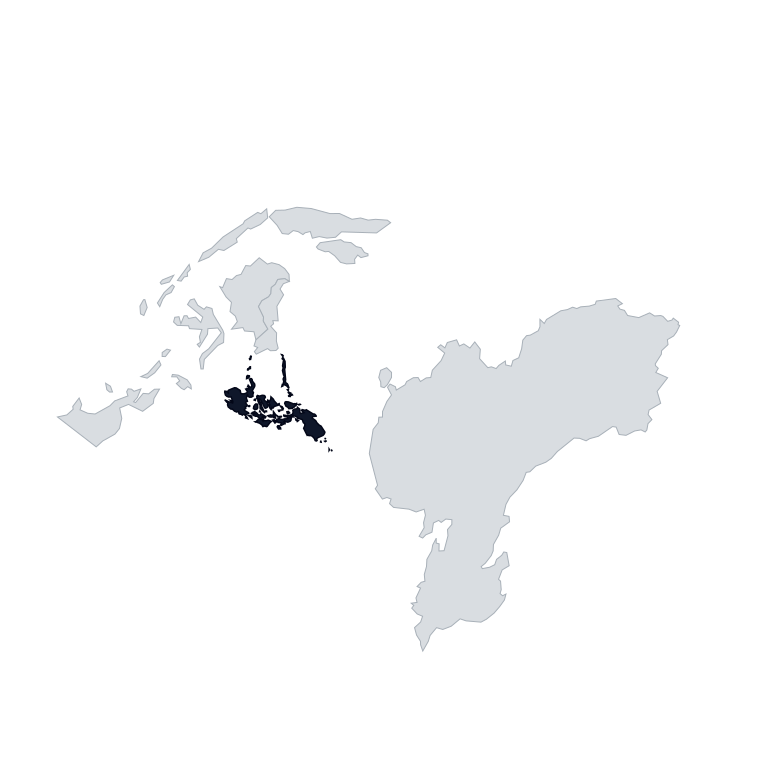 map of Philippines with Indonesia, China and Malaysia greyed out, rotated 132°
{"feature_id": "PHL", "entity_name": "Philippines", "entity_type": "country or territory", "adm_level": 0, "iso_a3": "PHL", "parent_name": "Asia", "parent_adm1": "", "projection": "albers", "projection_center": [122.681, 12.951], "detail": "fine", "context": "with_neighbors", "style": "filled", "palette": "ink", "viewbox_px": 768, "rotation_deg": 132, "n_neighbors": 3, "source": "natural_earth", "source_scale": "50m", "svg_char_len": 12310}
<svg xmlns="http://www.w3.org/2000/svg" viewBox="0 0 768 768"><g transform="rotate(132 384 384)"><path d="M623.3,555.8L627.0,604.6L619.2,599.0L610.8,598.1L608.9,600.3L598.4,601.2L601.5,595.0L606.6,592.6L604.0,584.6L599.6,578.6L583.5,573.1L576.7,572.8L564.2,566.3L561.9,570.1L558.8,570.9L556.8,568.2L556.7,564.9L550.3,561.4L559.0,558.3L564.8,558.2L564.0,556.2L552.1,556.7L548.8,552.3L541.5,551.1L538.0,547.4L548.8,545.2L552.8,542.5L565.8,545.1L570.1,560.2L578.7,564.4L585.0,555.9L594.1,550.8L601.2,550.4L614.5,554.9L623.3,555.8ZM493.8,608.3L494.8,611.9L489.4,617.5L482.3,619.1L481.3,618.2L485.6,611.2L493.8,608.3ZM569.7,591.4L568.7,585.8L571.6,580.4L573.6,582.5L573.7,586.1L569.7,591.4ZM436.9,508.7L432.2,515.6L437.9,523.1L436.5,526.6L445.3,534.0L435.8,534.7L433.0,539.9L433.2,546.9L425.4,552.0L425.0,559.6L421.5,571.2L420.4,568.4L411.1,571.6L408.0,566.8L402.2,566.2L398.2,563.6L388.5,566.0L385.7,562.2L373.7,561.2L372.9,550.9L369.0,548.6L365.5,541.8L364.7,535.0L366.1,527.9L371.1,523.0L372.1,528.2L377.4,532.9L382.6,531.5L387.7,532.3L392.5,528.6L396.4,528.1L403.8,530.5L410.4,529.1L414.8,518.4L418.0,515.8L420.9,507.0L436.9,508.7ZM529.1,561.9L538.1,563.9L541.2,569.6L534.3,566.7L517.2,566.7L519.1,562.5L529.1,561.9ZM509.0,569.9L503.3,568.6L501.7,565.3L509.9,564.8L512.0,567.3L509.0,569.9ZM516.6,523.9L517.3,528.1L522.0,528.7L522.8,531.8L522.6,538.6L518.4,537.9L517.3,542.7L520.7,546.6L518.5,547.6L515.1,542.8L512.6,533.0L514.0,526.8L516.6,523.9ZM466.7,533.3L486.0,534.0L493.8,528.4L495.3,530.1L488.9,537.8L482.9,539.3L475.1,537.8L454.8,539.2L453.6,545.0L460.7,551.9L465.1,548.5L480.1,545.9L479.5,549.4L475.9,548.3L472.4,552.8L465.3,555.8L473.0,565.6L471.5,568.2L478.8,576.9L478.7,581.9L474.4,584.1L471.2,581.4L475.1,575.3L467.1,578.2L465.1,576.1L466.1,573.1L460.3,568.7L460.9,561.3L455.5,563.5L456.4,583.2L451.1,584.2L447.7,582.0L450.1,575.1L448.9,567.7L445.5,567.6L443.0,562.4L446.5,557.4L451.9,539.8L453.6,536.7L460.5,531.0L466.7,533.3ZM454.9,618.3L443.9,613.0L451.7,611.7L458.9,616.2L458.4,618.2L454.9,618.3ZM463.7,605.7L469.2,605.1L476.6,602.4L475.4,606.6L463.0,608.6L451.9,607.6L451.9,604.9L458.5,603.4L463.7,605.7ZM438.2,604.1L443.3,603.6L445.3,606.8L425.5,608.8L428.4,604.6L433.0,604.7L435.3,602.1L438.2,604.1ZM358.1,586.8L359.1,589.5L374.8,591.0L376.8,588.0L391.9,592.3L394.7,597.2L407.0,599.0L417.1,603.7L407.5,606.2L398.5,603.0L382.5,602.0L359.3,595.9L355.9,596.7L341.0,592.7L339.8,589.4L332.3,588.4L338.4,581.6L348.3,582.7L358.1,586.8ZM327.2,544.2L328.2,549.7L330.7,554.1L336.6,555.2L340.3,560.3L337.6,569.6L336.5,581.2L327.4,580.7L321.0,573.9L311.0,567.0L302.3,555.5L293.5,538.2L287.1,531.2L283.0,518.0L276.3,512.5L272.8,505.4L267.3,500.5L260.0,491.1L259.7,487.0L276.7,490.6L299.4,517.4L307.4,518.2L313.7,524.0L317.8,530.8L323.6,534.8L320.0,540.8L324.4,543.8L327.2,544.2Z" fill="#d9dde1" stroke="#a8b0b8" stroke-width="1"/><path d="M376.1,395.7L370.1,392.9L370.3,386.2L374.1,382.8L382.3,381.0L386.6,381.4L388.1,384.5L384.7,387.8L382.7,392.2L376.1,395.7ZM188.7,194.6L188.8,190.7L193.6,189.7L189.6,177.4L206.7,176.1L213.2,165.5L226.0,169.6L230.0,167.3L231.2,161.1L236.8,161.3L242.3,157.9L244.9,157.8L246.1,162.3L251.2,166.3L260.2,169.8L264.2,175.5L260.7,182.6L262.7,185.7L279.4,189.7L287.0,194.6L291.0,195.8L293.4,202.2L297.0,206.6L318.2,210.0L327.2,209.9L333.8,211.4L343.5,216.3L351.7,216.9L354.5,219.2L362.6,216.1L373.7,214.4L383.9,214.7L391.9,212.8L401.7,207.4L398.7,202.5L402.4,198.5L413.0,200.8L419.7,197.6L430.0,195.3L435.0,191.2L439.8,189.5L449.4,188.8L454.7,189.6L455.4,187.4L449.5,182.9L444.2,180.8L439.0,183.0L432.5,181.9L428.7,182.6L427.1,180.0L435.3,169.4L443.1,171.8L452.5,168.2L452.5,165.5L458.4,159.3L462.1,157.5L462.0,154.2L458.5,152.8L463.9,150.0L472.0,149.1L480.6,148.9L490.3,150.5L496.1,152.6L505.1,164.5L507.6,170.3L519.1,172.0L527.1,176.1L529.9,181.9L540.0,181.5L545.6,178.9L556.5,176.5L553.3,182.3L550.8,184.7L548.8,191.8L544.6,198.3L536.4,197.5L530.8,199.9L532.7,205.5L532.0,213.4L528.6,213.7L528.7,217.1L524.2,213.3L521.6,217.1L511.2,220.3L512.4,223.9L506.5,223.7L503.2,221.6L498.6,226.6L491.2,230.3L485.6,234.8L476.1,236.9L471.0,240.1L463.6,242.0L467.3,238.8L465.9,236.1L471.3,231.4L467.7,227.8L454.0,234.9L449.7,239.4L443.0,239.6L439.4,242.8L443.0,247.7L448.6,248.9L448.8,252.1L454.2,254.3L462.0,249.2L468.1,252.0L472.6,252.2L473.7,256.0L463.9,258.0L460.6,261.8L453.8,265.4L450.2,270.4L457.6,274.5L460.3,281.7L469.3,294.3L469.2,299.8L464.7,301.8L466.4,305.9L470.6,308.2L467.7,320.4L463.6,321.0L445.5,348.4L425.0,361.7L416.7,362.3L412.1,365.6L409.6,363.0L405.4,366.7L394.9,370.2L387.1,371.1L384.1,379.2L380.0,379.5L378.4,373.7L380.3,370.8L370.5,367.8L367.0,368.8L359.7,366.4L356.4,363.0L357.8,358.6L351.2,356.7L347.9,353.6L341.4,357.3L328.4,357.2L320.4,359.6L320.8,368.6L316.9,368.1L316.4,362.9L310.8,364.7L302.6,359.6L305.3,353.4L300.8,351.5L299.8,344.2L292.0,344.7L293.7,335.7L301.2,329.9L302.4,317.8L299.4,315.7L297.5,311.0L293.3,311.1L285.7,309.2L288.4,306.3L285.6,301.3L280.2,303.9L274.4,301.4L265.7,305.3L258.5,310.2L252.7,310.4L249.8,308.0L241.2,305.0L237.1,306.4L231.6,311.4L231.8,305.4L227.3,306.4L211.3,301.6L206.0,297.5L200.7,295.2L198.9,291.2L195.1,289.5L188.8,283.6L183.5,280.4L180.3,281.7L165.4,269.0L164.8,260.6L169.6,262.5L170.5,258.8L168.4,254.6L170.1,248.8L164.2,239.1L153.4,234.2L152.4,228.4L148.0,224.2L147.1,222.0L147.6,215.1L143.8,212.8L141.5,213.1L141.0,206.4L143.2,205.2L142.6,203.4L149.6,201.4L154.5,200.9L161.4,203.1L164.7,199.3L173.5,200.0L176.3,197.8L187.5,195.9L188.7,194.6Z" fill="#d9dde1" stroke="#a8b0b8" stroke-width="1"/><path d="M298.0,483.0L299.4,481.7L305.5,485.7L305.8,489.8L311.0,489.3L313.9,486.3L319.8,492.2L322.7,497.7L321.7,506.5L322.5,513.8L325.1,516.2L327.8,523.3L327.4,525.9L321.7,526.0L305.7,512.7L305.1,508.7L301.0,503.1L300.5,496.6L298.0,492.1L299.4,486.5L298.0,483.0ZM436.9,508.7L420.9,507.0L418.0,515.8L414.8,518.4L410.4,529.1L403.8,530.5L396.4,528.1L392.5,528.6L387.7,532.3L382.6,531.5L377.4,532.9L372.1,528.2L371.1,523.0L376.8,525.9L383.0,524.8L384.9,518.3L397.9,515.6L407.9,504.9L411.3,509.0L413.1,506.4L416.9,506.8L417.9,498.0L424.1,492.7L428.2,486.6L431.4,486.7L435.3,490.7L435.6,494.2L447.3,498.9L446.7,502.0L441.4,502.3L442.7,506.1L436.9,508.7Z" fill="#d9dde1" stroke="#a8b0b8" stroke-width="1"/><path d="M463.0,394.9L468.6,397.4L470.0,397.2L470.8,395.9L471.7,396.2L472.1,397.3L471.1,399.3L470.8,402.4L471.5,404.2L472.6,405.2L472.7,406.3L473.6,406.7L470.7,414.1L468.1,414.9L466.6,416.1L466.7,418.1L465.1,420.9L467.3,425.5L466.8,425.9L466.8,426.7L467.9,430.0L469.0,431.2L471.2,431.9L471.8,431.4L471.1,430.2L473.4,428.8L474.4,428.8L476.7,429.9L477.8,431.7L478.0,433.3L479.0,433.3L479.5,432.6L479.2,431.5L479.7,430.9L480.5,431.6L483.4,432.6L483.8,432.9L483.4,433.5L481.4,434.1L483.5,437.1L483.2,438.4L486.0,438.9L485.3,442.6L484.0,441.7L484.5,439.9L482.0,439.9L479.6,438.9L479.5,437.5L478.5,435.8L476.2,434.4L474.1,432.1L473.2,432.2L473.5,434.1L474.7,436.1L474.8,437.2L474.2,437.7L472.5,435.1L470.2,433.0L467.9,431.8L465.8,432.6L464.6,434.1L462.7,433.8L460.8,432.2L460.0,432.1L459.2,432.8L459.1,429.8L461.5,427.4L461.6,426.2L458.9,424.3L458.9,427.5L457.8,427.7L456.4,425.0L455.1,424.5L453.7,416.7L452.8,415.4L452.9,413.4L453.3,412.9L455.8,415.1L457.4,414.6L456.9,410.4L457.7,407.9L457.9,404.6L457.4,402.6L459.3,395.7L460.9,395.0L463.0,394.9ZM500.6,468.1L502.0,468.5L502.0,469.7L502.9,471.0L503.1,471.9L501.7,473.8L503.4,474.7L504.2,476.9L504.1,479.8L505.1,481.0L505.3,484.4L504.2,486.3L502.3,487.6L502.7,488.5L502.3,491.8L501.1,487.6L499.4,483.8L498.3,484.4L495.9,488.9L497.6,490.7L498.3,492.5L498.3,494.5L496.6,497.0L495.8,497.5L494.9,496.2L494.8,493.8L493.3,495.4L492.4,495.3L486.8,492.6L485.8,491.2L485.0,486.6L486.6,484.4L486.7,483.4L484.8,481.3L482.5,480.1L481.1,480.2L480.3,483.4L478.7,482.4L478.0,481.1L477.2,482.3L476.1,482.4L475.7,480.9L474.3,480.6L473.2,481.6L470.6,487.0L469.2,486.8L468.7,486.0L468.9,485.0L469.9,483.7L470.5,480.2L471.4,479.1L472.5,478.4L476.6,477.5L477.3,477.0L477.7,475.3L479.9,474.2L480.7,473.2L482.6,473.8L483.9,475.3L484.1,477.2L483.2,478.2L483.5,478.3L486.6,476.9L488.2,473.9L489.9,474.5L490.7,474.2L491.1,471.8L491.8,471.0L493.9,471.8L494.4,470.5L496.7,470.6L496.9,469.6L496.0,465.4L496.4,464.8L499.5,466.6L500.6,468.1ZM478.3,470.3L477.2,470.4L476.2,468.3L473.9,467.0L472.7,465.4L472.6,464.3L473.2,463.3L475.0,463.0L476.2,462.3L475.9,459.0L476.9,457.4L477.1,455.9L479.2,455.1L481.2,455.7L481.6,456.8L478.5,464.0L478.4,466.1L479.8,468.7L478.3,470.3ZM494.4,442.9L495.0,444.5L496.7,445.5L496.1,447.4L496.4,450.2L497.3,452.4L497.0,453.0L498.1,453.6L498.3,454.5L497.5,453.9L494.4,453.8L492.9,452.3L492.0,450.6L492.6,448.9L491.7,448.9L490.1,446.9L488.3,445.9L487.1,442.6L489.2,442.9L493.7,442.5L494.4,442.9ZM469.8,448.0L474.3,450.6L476.0,450.3L476.7,450.9L476.4,451.6L478.5,450.8L478.2,452.8L477.4,454.1L475.7,455.1L475.5,456.4L473.6,457.5L471.1,458.0L469.2,459.4L469.3,456.1L470.0,454.3L470.4,450.0L470.1,449.3L468.7,448.8L468.9,448.3L469.8,448.0ZM438.4,471.5L432.3,475.4L433.4,472.7L437.6,468.6L439.4,467.8L446.6,460.0L448.1,459.0L448.8,457.4L448.5,456.1L448.8,455.1L450.4,452.2L450.8,452.4L450.5,455.3L451.7,458.9L449.2,460.2L447.8,462.3L444.7,463.4L444.6,464.6L441.9,468.5L439.5,469.7L438.4,471.5ZM457.4,435.1L461.8,435.4L462.9,436.2L463.5,435.8L466.0,438.2L465.6,439.8L466.1,442.1L464.9,444.8L463.7,445.4L462.8,445.1L461.3,443.1L459.3,437.9L458.2,437.1L457.8,436.1L456.9,435.9L457.4,435.1ZM487.5,450.8L489.9,452.6L491.2,451.8L492.1,452.0L492.8,453.3L492.8,456.7L493.9,457.8L494.8,460.4L493.9,460.7L493.8,461.4L492.6,460.0L492.9,462.6L491.0,461.6L490.7,459.4L491.0,456.7L490.1,455.3L488.4,455.6L487.5,450.8ZM481.1,466.2L479.8,467.5L479.7,467.0L480.3,463.2L482.8,459.2L485.2,452.9L485.0,459.8L482.7,461.9L481.1,466.2ZM489.6,464.6L487.8,465.8L486.0,466.1L484.5,465.9L483.6,464.4L486.3,461.8L487.6,461.6L489.5,462.7L489.6,464.6ZM481.5,443.6L484.2,445.8L485.2,447.4L485.3,449.1L482.8,447.5L482.9,447.1L480.9,445.4L478.5,447.7L479.3,444.0L479.1,442.5L481.5,443.6ZM488.0,432.3L487.3,434.7L486.2,435.0L485.1,434.0L485.8,433.0L485.8,431.5L486.5,430.7L488.0,432.3ZM470.2,491.1L469.1,491.2L468.0,489.6L468.2,489.2L469.9,488.6L472.0,489.7L470.2,491.1ZM455.0,445.7L456.0,445.3L456.9,446.5L456.7,447.0L454.3,447.0L453.2,445.5L453.4,444.7L455.0,445.7ZM468.6,434.8L470.5,435.6L470.5,436.4L469.6,437.6L468.3,436.6L468.6,434.8ZM461.9,493.6L463.3,494.4L464.7,494.4L464.8,494.9L463.9,495.4L463.3,494.9L461.1,495.2L460.6,494.8L461.9,493.6ZM498.1,463.5L496.5,461.9L496.8,460.4L497.8,459.3L498.1,463.5ZM470.7,442.0L469.7,446.3L469.0,444.5L469.6,442.4L470.7,442.0ZM455.7,500.2L455.2,500.9L454.6,500.5L453.3,501.5L452.3,501.6L452.3,501.1L455.0,499.6L455.7,500.2ZM469.9,423.4L469.4,424.3L469.8,425.3L469.1,426.2L468.4,423.1L469.9,423.4ZM474.6,459.2L473.7,459.6L473.7,458.2L475.0,457.1L475.2,457.8L474.6,459.2ZM454.5,449.4L453.8,449.5L453.2,447.4L454.5,447.7L454.5,449.4ZM489.6,451.1L488.6,451.2L487.7,449.8L488.8,449.6L489.6,451.1ZM474.7,443.8L474.2,444.9L472.8,443.6L474.2,443.3L474.7,443.8ZM500.9,464.6L500.4,464.1L501.0,462.3L501.8,464.3L500.9,464.6ZM477.6,438.4L480.0,441.6L476.8,438.8L476.9,438.4L477.6,438.4ZM454.2,458.3L452.5,459.2L452.3,458.5L453.0,457.8L454.2,458.3ZM482.3,468.6L482.8,469.8L482.0,470.0L481.1,469.3L482.3,468.6ZM482.0,441.8L483.2,444.2L481.7,442.1L482.0,441.8ZM431.2,477.7L430.7,479.7L430.3,479.0L430.5,477.8L431.2,477.7ZM491.3,469.6L491.1,470.1L490.2,469.7L490.1,469.0L490.7,468.9L491.3,469.6ZM499.1,485.4L499.0,487.2L498.3,485.9L498.5,485.0L499.1,485.4ZM456.5,433.2L456.5,433.8L455.2,433.0L455.2,432.5L456.5,433.2ZM494.5,461.9L495.0,463.4L493.7,461.6L494.5,461.9ZM469.6,392.3L468.4,393.1L469.3,391.8L469.6,392.3ZM469.3,429.5L470.9,431.3L469.3,430.1L469.3,429.5ZM466.2,389.1L466.2,389.8L465.1,389.1L465.2,388.8L466.2,389.1ZM453.1,450.8L452.9,452.0L452.1,451.5L452.1,451.2L453.1,450.8ZM475.9,483.2L476.9,483.7L475.8,484.1L475.9,483.2ZM491.5,450.3L491.4,450.7L490.9,450.4L490.5,449.3L491.5,450.3ZM483.1,452.8L483.5,453.8L482.9,453.8L482.7,453.1L483.1,452.8ZM433.4,476.6L432.8,476.8L432.8,475.8L433.4,476.0L433.4,476.6ZM500.3,466.0L499.9,465.8L500.2,464.7L500.4,465.3L500.3,466.0ZM463.9,390.4L464.1,391.8L463.7,391.1L463.9,390.4ZM470.0,380.4L469.1,381.2L469.3,380.5L470.0,380.4ZM468.6,377.5L468.5,378.6L468.2,378.6L468.6,377.5ZM487.9,457.9L487.2,458.2L487.5,457.3L487.9,457.9ZM471.8,442.5L471.6,443.2L471.7,442.5L471.8,442.5Z" fill="#0f172a" stroke="#020617" stroke-width="1.5"/></g></svg>